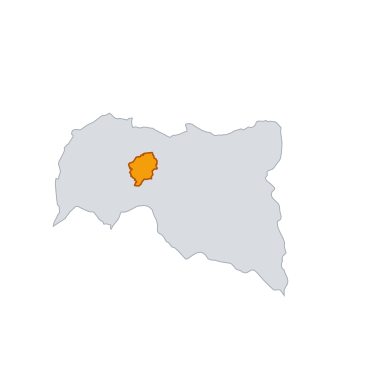 Bouca, Ouham, Central African Republic (highlighted), rotated 33°
{"feature_id": "33826404B6253227494909", "entity_name": "Bouca", "entity_type": "district", "adm_level": 2, "iso_a3": "CAF", "parent_name": "Central African Republic", "parent_adm1": "Ouham", "projection": "natural_earth1", "projection_center": [18.249, 6.335], "detail": "fine", "context": "in_parent", "style": "filled", "palette": "amber", "viewbox_px": 384, "rotation_deg": 33, "n_neighbors": 0, "source": "geoboundaries", "source_scale": "gbopen_adm2", "svg_char_len": 6689}
<svg xmlns="http://www.w3.org/2000/svg" viewBox="0 0 384 384"><g transform="rotate(33 192 192)"><path d="M256.3,142.8L259.3,143.7L259.8,144.8L259.0,148.3L259.6,150.5L261.3,152.4L263.1,153.2L264.7,153.6L270.5,154.8L272.9,156.1L276.1,160.2L280.1,164.0L281.1,166.0L280.9,167.8L279.7,170.0L279.9,170.9L281.7,173.1L283.8,175.3L287.7,177.8L294.3,181.7L297.4,184.3L298.4,186.3L300.1,188.5L302.5,190.5L304.1,192.0L303.0,196.3L303.4,197.7L304.0,198.9L305.4,200.6L305.9,202.8L307.3,205.5L309.0,206.8L311.7,207.2L313.1,208.5L316.2,210.6L319.1,212.5L320.3,213.8L321.1,214.9L321.8,216.3L322.1,217.6L322.2,220.5L322.7,224.1L324.3,226.6L325.7,228.5L319.8,226.3L318.9,226.3L317.8,226.7L314.7,229.3L313.8,229.6L309.8,229.0L300.4,227.0L293.1,225.0L290.9,224.3L287.0,223.6L284.4,225.0L282.0,229.6L281.3,230.5L277.5,231.8L275.7,231.5L271.4,232.7L264.6,230.8L262.2,231.2L260.3,232.2L255.4,234.3L252.4,235.5L249.0,236.5L245.8,238.2L243.6,239.1L241.4,239.1L239.5,238.2L237.3,237.4L234.8,237.2L232.2,237.7L229.9,239.5L229.0,240.8L227.1,244.3L224.8,250.0L223.9,251.1L223.1,251.7L212.4,248.9L207.9,248.2L204.8,249.1L200.9,247.5L199.2,247.2L198.4,247.7L196.3,247.0L192.8,245.1L189.4,244.3L186.4,244.6L184.6,243.9L183.1,242.0L181.2,238.6L177.7,235.1L173.1,232.4L170.2,230.3L169.1,228.9L166.6,228.2L162.8,228.0L159.1,229.4L153.9,233.7L149.0,242.5L146.3,245.8L144.1,246.7L143.5,248.8L144.6,252.2L144.9,256.0L144.1,262.6L144.4,267.4L143.2,266.7L142.1,264.4L141.6,264.0L138.4,265.0L136.7,265.9L135.8,266.8L135.1,266.9L134.1,265.7L133.3,265.5L132.0,265.7L130.7,265.7L129.9,265.5L129.3,265.6L127.8,264.9L122.3,263.0L121.3,262.4L120.2,262.5L117.3,264.1L115.8,264.6L111.2,265.5L106.3,266.0L104.4,266.1L103.1,266.8L102.3,267.8L100.8,273.9L100.4,274.9L100.4,276.4L100.0,281.3L100.2,282.9L94.3,296.3L93.3,294.0L92.7,291.4L92.5,288.4L92.6,287.6L92.3,286.7L91.8,284.3L92.2,282.7L91.8,281.0L90.7,279.4L89.7,278.2L89.1,277.0L88.6,276.6L87.4,276.4L85.9,275.8L79.4,267.9L72.6,259.1L71.2,256.2L70.6,254.6L72.3,254.4L72.7,254.1L72.7,253.3L71.7,251.0L71.2,248.2L70.4,246.4L67.7,243.7L65.2,241.6L64.4,240.6L63.9,239.1L63.0,229.5L62.5,226.8L61.7,225.6L61.2,225.1L60.9,224.4L61.1,222.7L61.4,221.2L61.4,220.6L62.1,219.2L62.1,210.4L61.3,209.2L59.7,209.2L58.9,207.9L58.3,206.2L58.5,205.1L59.9,203.3L60.9,202.6L63.8,201.2L64.6,200.5L65.1,199.6L65.5,198.4L67.2,193.9L69.7,189.4L70.7,188.4L73.3,181.8L73.9,180.0L74.3,178.3L75.1,177.0L77.8,174.7L79.9,170.8L82.2,171.0L84.5,171.6L87.4,171.9L89.8,171.1L91.3,169.6L98.4,166.9L99.0,164.8L100.1,163.7L101.4,162.7L101.9,162.6L102.0,163.3L102.8,165.5L104.4,167.7L106.8,170.1L107.5,170.0L109.0,168.1L112.7,167.0L113.7,166.5L116.3,163.8L119.5,162.1L121.4,161.5L124.6,159.8L126.9,160.0L130.6,159.7L136.7,158.9L141.2,158.6L143.4,158.3L144.0,157.9L144.9,155.4L145.5,154.6L147.2,153.5L150.5,149.7L152.6,146.4L153.3,145.3L153.7,145.1L154.6,143.7L153.7,142.3L150.1,139.4L150.1,139.0L149.9,138.5L150.1,138.1L151.5,136.9L153.4,135.6L155.4,135.1L160.6,135.2L165.1,134.9L166.2,135.0L169.6,134.3L172.0,133.7L174.5,132.3L180.0,132.4L184.6,128.9L185.9,128.3L186.5,127.7L186.7,127.2L188.9,125.8L191.3,122.9L193.2,120.2L193.7,118.4L198.9,112.2L200.7,112.3L201.6,111.5L203.7,107.3L204.3,106.6L206.5,105.8L207.5,104.6L208.4,102.8L208.4,100.5L208.0,98.7L208.0,97.8L208.5,97.0L209.3,96.2L213.3,93.9L214.3,92.8L214.9,91.9L216.0,91.7L217.2,91.8L218.0,91.2L218.8,90.2L221.6,88.8L224.1,87.7L226.8,88.2L231.6,89.5L233.1,92.5L233.8,93.6L239.8,100.6L241.0,102.3L244.0,107.4L245.8,110.8L247.9,115.8L248.1,118.5L247.8,120.8L247.5,127.3L246.9,129.2L244.3,132.7L244.2,134.3L244.7,135.6L245.5,136.2L246.0,136.8L245.8,139.9L246.7,141.1L248.7,141.9L253.7,142.4L256.3,142.8Z" fill="#d9dde1" stroke="#a8b0b8" stroke-width="1"/><path d="M149.2,204.1L149.6,203.4L149.9,203.3L150.4,203.1L150.6,203.1L150.8,203.0L150.8,202.8L150.7,202.6L150.6,202.4L150.3,202.3L150.1,202.2L149.9,202.1L149.6,201.6L149.6,201.1L149.6,200.2L149.8,199.4L149.7,199.0L149.6,198.7L149.2,198.1L148.1,197.2L147.2,196.0L147.1,195.8L147.1,195.6L147.3,195.2L147.5,195.0L147.6,194.3L147.7,193.5L147.9,193.2L148.2,193.0L148.6,192.8L149.2,192.3L149.8,192.1L149.9,191.8L150.0,191.5L150.0,191.3L149.8,191.0L149.5,190.8L149.1,190.5L148.6,190.4L147.1,189.1L147.2,188.7L147.3,188.2L147.4,187.8L147.1,187.8L146.9,187.7L146.7,186.6L146.5,186.0L145.4,185.0L145.3,184.9L145.3,184.7L145.2,184.7L144.9,184.6L143.9,184.1L143.4,183.9L142.9,184.0L142.4,184.2L142.1,184.2L141.7,184.1L141.4,184.0L141.2,183.5L141.1,183.2L140.7,183.0L140.4,182.8L140.1,182.6L139.9,182.4L139.7,182.2L139.6,182.3L139.4,182.4L139.2,182.4L138.8,182.1L138.6,181.8L138.3,181.6L138.1,181.4L138.0,181.2L137.7,181.0L137.4,180.7L137.2,180.6L136.9,180.7L136.7,180.9L136.6,181.0L131.8,184.9L131.3,185.3L131.1,185.4L131.0,185.6L130.9,185.7L130.8,185.9L130.6,186.1L130.3,186.6L130.3,186.8L130.7,186.8L130.9,186.9L131.1,187.0L131.2,187.3L131.1,187.6L131.0,187.8L130.7,187.9L130.3,188.0L130.1,188.0L129.8,188.2L129.5,188.5L129.3,188.6L129.2,188.7L129.2,188.8L129.3,189.0L129.4,189.3L129.4,189.6L129.2,189.8L129.3,190.2L129.3,190.4L129.3,190.7L129.3,190.8L129.1,191.0L128.8,191.1L128.7,191.1L128.5,191.4L128.3,191.5L128.0,191.6L127.7,191.6L127.4,191.8L127.4,192.1L127.2,192.3L126.9,192.4L126.8,192.5L126.7,192.7L126.6,193.1L126.5,193.5L126.2,193.7L126.1,194.0L126.2,194.5L126.2,194.8L126.3,195.2L126.4,195.8L126.3,197.1L126.2,198.1L126.2,198.9L125.7,199.4L125.5,199.9L124.8,200.8L124.0,201.5L123.9,202.0L124.0,202.4L123.8,202.8L124.0,203.7L125.1,204.5L126.8,205.8L126.8,205.4L126.8,205.2L127.1,205.0L127.3,205.2L127.5,205.4L127.8,205.7L127.8,205.9L128.0,205.8L128.1,205.7L128.3,205.7L128.4,205.8L128.5,205.9L128.8,205.7L129.1,205.4L129.3,205.5L129.3,205.8L129.1,206.2L129.0,206.4L128.9,206.9L129.1,207.4L129.0,208.1L129.2,209.7L129.8,209.6L130.5,210.0L130.8,210.4L131.1,210.5L131.4,210.6L131.5,210.7L131.6,210.9L131.9,210.9L132.0,210.9L132.0,211.5L132.0,211.9L132.2,212.0L132.5,212.1L133.0,212.0L133.3,211.9L133.5,211.9L133.8,211.8L134.1,212.1L134.4,212.3L134.8,212.1L135.4,212.1L136.0,212.1L136.4,212.0L136.8,212.0L137.0,212.1L137.4,212.3L137.4,212.5L137.4,212.9L137.4,213.1L137.4,213.3L137.7,213.3L138.0,213.1L138.6,213.1L138.9,213.1L140.2,213.7L140.3,214.0L139.9,214.3L139.7,214.6L139.6,214.9L139.7,215.2L139.7,215.3L139.9,215.6L139.9,215.9L140.1,216.1L140.1,216.5L140.1,216.9L140.0,217.2L140.0,217.4L140.1,217.6L140.4,217.8L140.7,217.6L141.1,217.5L141.8,217.2L142.9,216.6L143.6,216.2L144.3,215.7L144.6,214.3L144.5,213.7L144.9,213.5L144.9,212.7L144.7,212.2L144.8,211.2L144.5,210.5L144.5,209.7L144.9,209.0L145.0,208.6L144.8,208.0L144.7,207.5L145.2,207.0L145.7,206.9L146.1,206.8L146.2,206.7L146.4,206.4L146.8,206.2L147.4,205.8L148.6,204.4L149.0,204.2L149.2,204.1Z" fill="#f59e0b" stroke="#b45309" stroke-width="1.5"/></g></svg>